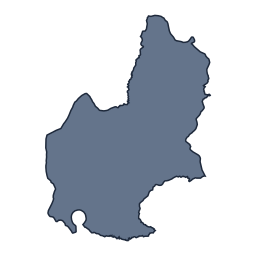 Senafe, Debub, Eritrea (orthographic projection)
{"feature_id": "51966322B59675289253253", "entity_name": "Senafe", "entity_type": "district", "adm_level": 2, "iso_a3": "ERI", "parent_name": "Eritrea", "parent_adm1": "Debub", "projection": "orthographic", "projection_center": [39.494, 14.702], "detail": "fine", "context": "isolated", "style": "filled", "palette": "slate", "viewbox_px": 256, "rotation_deg": 0, "n_neighbors": 0, "source": "geoboundaries", "source_scale": "gbopen_adm2", "svg_char_len": 5828}
<svg xmlns="http://www.w3.org/2000/svg" viewBox="0 0 256 256"><path d="M73.3,105.3L72.7,107.2L70.9,110.5L69.0,115.2L67.6,118.2L65.3,121.7L63.6,123.9L60.9,128.5L56.3,130.3L47.0,135.1L46.0,139.0L45.8,147.9L46.7,152.0L46.5,154.8L46.6,157.0L46.2,160.9L46.4,162.7L45.9,165.6L45.9,167.6L46.2,171.5L47.0,175.5L47.8,178.3L50.3,180.4L50.9,181.2L51.1,182.3L53.4,183.9L55.4,188.3L55.5,189.3L54.5,191.4L53.3,195.3L53.2,197.3L53.6,198.7L53.2,200.4L51.9,203.6L48.4,210.6L48.0,212.8L48.1,213.7L49.2,215.6L50.1,216.5L52.2,216.8L53.3,217.2L54.1,218.1L56.0,221.4L57.0,221.6L59.0,220.1L59.3,220.3L60.8,220.1L62.6,220.7L64.9,223.3L65.5,225.4L67.4,226.1L68.2,226.8L71.3,230.9L72.2,232.6L72.8,233.1L75.5,232.2L76.1,231.7L75.9,226.2L75.4,225.5L73.4,223.9L72.4,222.2L71.6,219.9L71.3,217.5L71.4,215.9L71.8,214.4L73.0,212.4L75.0,210.8L77.7,210.0L79.5,209.9L81.1,210.3L83.7,211.9L85.2,214.0L85.7,215.6L86.2,218.5L86.0,220.2L84.5,222.7L82.9,224.6L84.8,227.1L85.1,227.3L85.6,227.2L88.0,229.0L88.8,229.4L89.6,230.6L91.7,232.8L93.2,232.8L93.8,232.4L94.8,232.6L96.4,233.6L98.0,233.7L98.9,234.0L100.6,235.4L102.6,235.7L103.6,236.3L104.3,236.3L104.6,236.7L105.8,236.3L106.2,235.7L108.1,236.3L108.9,236.0L109.3,236.2L109.5,235.7L110.6,235.5L110.7,236.0L111.9,235.5L111.9,236.4L112.1,236.7L113.4,237.1L113.9,236.3L114.1,236.8L114.9,236.9L115.4,237.5L116.0,237.5L117.0,238.7L117.7,238.1L118.3,238.1L118.6,237.4L119.1,236.8L119.5,237.7L119.2,238.6L119.3,238.9L121.0,238.4L121.8,239.2L124.6,239.8L125.3,239.6L125.6,240.2L126.3,240.2L126.9,240.6L127.4,240.3L127.7,240.6L128.1,240.6L128.4,240.0L129.0,239.8L129.0,239.1L128.7,238.4L129.3,238.4L129.4,238.1L130.4,239.0L131.4,238.3L131.5,237.7L131.9,237.4L132.8,237.6L133.2,237.1L134.3,236.7L135.1,236.9L135.8,237.5L136.5,237.6L138.1,236.7L138.7,236.7L139.1,236.0L141.2,236.1L142.5,235.6L143.4,236.7L145.2,236.2L147.9,236.2L148.5,236.0L148.7,234.8L149.4,234.1L150.0,233.1L150.6,233.1L151.6,232.8L153.3,232.9L154.0,231.7L155.3,230.5L153.9,229.4L154.1,228.9L153.5,228.7L152.8,227.9L151.7,227.6L150.8,226.8L150.6,226.7L150.1,227.0L148.3,226.8L146.9,226.2L146.6,225.5L145.6,225.3L145.4,224.7L143.7,224.4L143.1,223.1L142.0,222.5L141.1,222.4L141.4,221.6L140.8,220.9L140.4,219.8L139.7,219.0L139.4,218.8L138.9,218.8L138.7,218.6L138.7,215.8L139.4,213.5L138.7,212.7L139.2,210.6L139.8,209.7L139.9,208.8L140.1,208.3L139.5,206.7L139.4,203.9L140.4,202.6L143.0,200.5L143.8,199.1L147.9,195.8L149.2,192.0L150.6,190.5L152.6,189.9L153.1,187.1L154.6,186.1L155.3,184.9L155.9,184.5L157.3,184.7L159.0,185.3L160.5,185.3L161.6,185.0L162.7,183.9L163.5,182.4L164.6,181.1L165.4,180.8L166.5,180.8L168.4,180.4L171.9,178.9L173.6,177.7L176.4,176.3L178.4,176.9L179.3,176.3L179.9,176.3L180.6,177.0L181.0,177.2L182.8,176.3L183.3,176.3L184.0,176.7L184.5,176.6L185.7,177.3L187.3,176.5L187.8,177.1L187.6,177.6L187.8,178.1L188.4,178.4L189.2,178.4L189.5,179.0L188.8,180.7L189.0,181.3L189.5,181.5L191.6,180.1L192.4,179.2L195.4,177.8L196.6,178.1L200.6,178.1L202.6,176.5L204.7,175.9L205.1,176.0L202.0,169.9L200.2,162.2L200.1,161.2L200.4,158.7L200.1,157.5L199.4,156.1L198.4,155.1L193.0,151.9L190.8,150.1L190.2,149.4L190.0,148.8L190.3,147.4L190.7,146.5L190.6,146.2L190.0,145.5L189.9,144.6L185.9,141.5L185.7,140.8L185.7,139.8L186.1,138.7L187.2,137.1L188.4,136.4L189.1,135.1L190.0,134.1L192.2,132.6L192.2,132.4L194.7,130.2L195.9,128.7L197.3,124.6L197.0,122.3L196.3,120.0L196.1,119.0L196.7,118.1L199.3,115.3L200.1,114.1L201.0,111.6L202.0,110.9L203.5,109.0L204.1,108.0L204.1,107.0L202.9,103.8L202.7,102.8L202.2,101.7L203.1,99.3L203.3,99.1L204.2,98.8L204.7,98.1L206.5,97.5L208.1,95.5L209.6,95.7L210.2,95.4L209.8,94.7L209.2,94.3L207.7,94.8L205.1,94.3L204.6,93.2L204.5,92.1L204.0,91.5L204.1,90.8L203.7,89.7L203.9,88.3L205.2,86.7L204.6,86.3L204.2,86.4L203.5,85.7L204.0,85.4L204.4,84.7L205.3,84.4L207.4,82.8L208.1,81.2L207.8,80.3L208.8,78.7L208.5,78.2L208.6,77.6L208.3,77.0L208.2,75.7L207.6,74.6L207.3,73.6L206.9,71.3L206.8,69.6L207.1,68.6L209.1,64.3L209.7,62.4L209.0,59.6L208.6,58.8L207.4,57.9L205.8,56.1L205.6,55.3L204.8,53.9L200.3,51.9L194.3,46.7L192.2,44.2L191.5,43.8L191.5,43.3L194.0,42.1L194.5,41.5L194.6,40.6L194.4,39.6L193.2,37.3L192.1,37.0L191.5,37.2L190.0,39.4L188.6,41.1L187.4,41.8L185.3,42.3L182.9,42.4L182.3,42.0L181.2,41.6L176.4,40.7L175.1,40.0L173.5,37.2L170.6,33.8L170.1,32.7L169.4,31.0L168.6,27.3L167.9,23.7L167.2,21.9L166.4,21.1L165.5,20.7L163.8,18.0L163.0,17.7L161.1,16.4L158.1,15.7L154.8,15.4L151.0,16.4L148.5,16.0L148.3,16.6L147.4,17.6L147.3,18.7L146.5,20.4L147.3,23.8L146.4,29.2L145.1,31.0L143.8,31.2L143.1,31.1L142.6,31.4L141.3,35.4L140.5,36.4L141.9,38.1L142.4,40.1L142.1,41.0L141.0,43.1L140.9,44.2L141.7,45.5L143.1,46.2L143.4,46.7L143.3,47.0L140.7,49.0L140.2,49.8L140.1,50.7L140.4,51.9L140.3,52.6L140.5,54.6L140.0,55.3L139.0,55.6L139.2,56.5L138.9,57.0L139.1,57.5L138.5,57.5L138.1,58.2L137.3,58.6L136.7,59.5L135.9,60.1L136.3,61.1L135.7,62.7L135.8,65.0L133.8,68.0L133.4,70.0L132.5,71.6L131.8,72.2L132.1,72.8L132.0,73.2L131.3,74.0L131.3,74.3L132.3,75.0L132.3,75.3L131.6,75.8L132.0,77.0L131.9,77.4L131.2,77.8L130.9,79.0L130.5,79.4L129.8,79.6L129.6,80.3L128.7,81.6L129.2,82.1L128.9,83.0L128.6,83.5L127.7,84.2L127.7,84.5L128.7,85.3L128.7,85.6L128.5,86.2L127.5,86.7L127.4,86.9L128.5,87.6L128.5,88.4L129.0,89.3L128.7,90.1L127.5,91.0L127.3,92.0L128.1,93.3L128.0,95.5L128.5,96.5L128.1,97.5L128.2,98.0L128.6,98.6L128.1,99.5L128.8,100.4L128.6,100.9L127.5,101.1L127.5,101.7L128.8,102.8L128.1,103.1L127.1,104.6L124.6,104.4L124.1,103.8L123.7,104.0L123.5,104.8L122.7,105.4L121.7,105.5L120.2,105.4L119.8,105.6L119.7,106.2L118.9,106.5L118.3,107.6L117.4,107.6L116.1,106.8L115.1,106.8L110.8,108.4L108.0,110.1L106.6,110.5L103.9,110.9L99.9,110.4L99.5,110.3L97.7,108.2L95.4,106.3L93.9,103.4L92.6,101.8L91.5,99.4L90.7,98.3L89.8,96.5L86.7,93.5L85.2,93.6L82.1,95.3L81.2,96.0L78.4,98.5L76.4,101.0L74.8,102.2L73.3,105.3Z" fill="#64748b" stroke="#1e293b" stroke-width="1.5"/></svg>